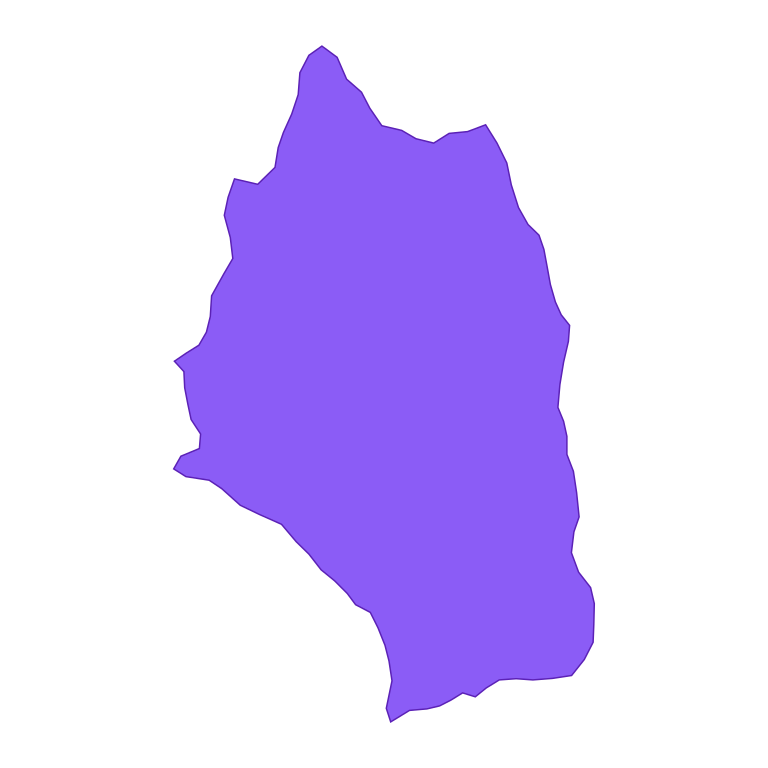 Córrego Fundo, Minas Gerais, Brazil (Natural Earth projection)
{"feature_id": "56859067B51911600975572", "entity_name": "Córrego Fundo", "entity_type": "district", "adm_level": 2, "iso_a3": "BRA", "parent_name": "Brazil", "parent_adm1": "Minas Gerais", "projection": "natural_earth1", "projection_center": [-45.534, -20.449], "detail": "fine", "context": "isolated", "style": "filled", "palette": "violet", "viewbox_px": 768, "rotation_deg": 0, "n_neighbors": 0, "source": "geoboundaries", "source_scale": "gbopen_adm2", "svg_char_len": 1348}
<svg xmlns="http://www.w3.org/2000/svg" viewBox="0 0 768 768"><path d="M299.9,72.7L298.2,94.6L291.7,114.1L283.4,132.5L278.2,147.6L275.0,167.4L257.7,184.3L234.5,178.9L228.1,197.3L224.3,215.3L230.3,237.5L232.8,258.5L223.8,273.9L211.6,295.8L210.3,316.5L206.4,332.2L198.9,345.2L186.6,352.9L174.4,361.2L183.9,371.6L184.7,387.8L187.9,404.4L191.1,419.5L200.6,434.0L199.4,448.5L180.9,456.2L173.7,468.9L185.9,476.6L209.1,480.2L221.8,488.7L240.3,505.3L259.5,514.5L281.5,524.3L296.2,541.7L308.9,554.1L321.1,569.8L334.6,580.8L347.3,593.5L355.6,604.7L370.3,612.4L378.0,627.8L385.0,645.3L389.0,661.0L392.0,680.8L386.3,708.3L390.7,721.9L409.5,710.4L426.9,708.9L439.6,705.9L451.1,700.0L462.6,692.9L475.3,696.8L486.3,687.9L499.3,679.9L516.2,678.7L532.9,679.9L552.4,678.4L571.6,675.5L584.3,659.5L593.1,642.3L593.8,624.6L594.3,603.6L590.6,587.6L578.6,572.2L571.4,552.7L573.9,531.9L579.1,516.9L576.6,492.6L573.4,471.3L566.9,454.4L566.9,436.4L563.6,421.3L557.9,407.4L559.9,384.6L563.6,362.1L568.4,341.4L569.6,325.4L561.2,314.8L555.4,302.0L550.4,284.6L547.2,267.1L543.9,249.4L539.0,235.2L528.0,224.5L518.5,207.6L511.3,184.9L506.8,163.0L497.0,143.1L485.6,124.8L467.6,131.6L449.1,133.4L433.7,143.1L415.9,138.7L401.7,130.4L381.8,125.7L369.8,108.2L361.5,92.2L346.6,79.2L337.1,57.3L321.9,46.1L308.9,55.3L299.9,72.7Z" fill="#8b5cf6" stroke="#5b21b6" stroke-width="1.5"/></svg>